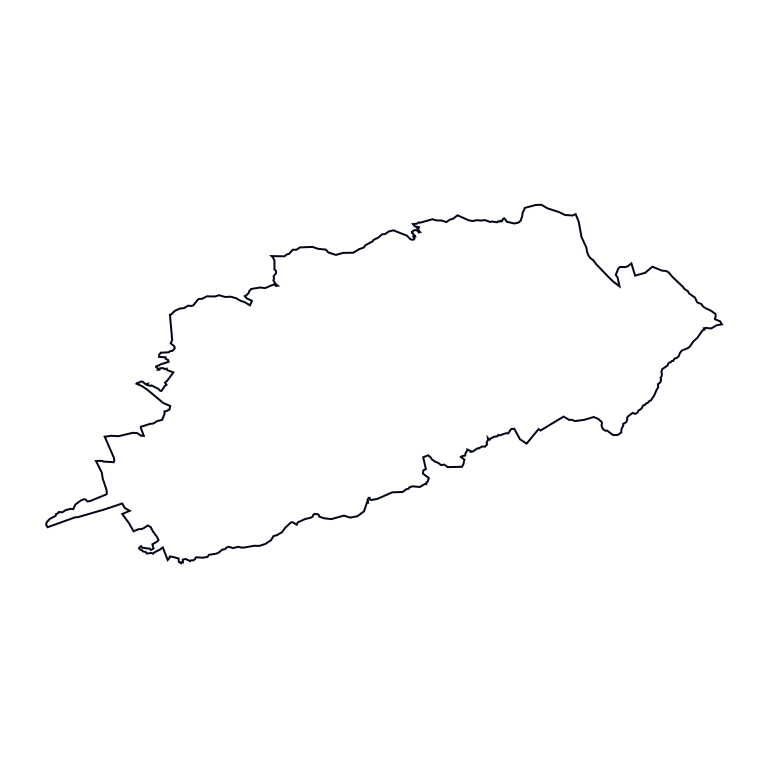 outline of Nicolae Balcescu, Vâlcea, Romania
{"feature_id": "2599482B33321571341238", "entity_name": "Nicolae Balcescu", "entity_type": "district", "adm_level": 2, "iso_a3": "ROU", "parent_name": "Romania", "parent_adm1": "Vâlcea", "projection": "robinson", "projection_center": [24.389, 44.984], "detail": "fine", "context": "isolated", "style": "outline", "palette": "ink", "viewbox_px": 768, "rotation_deg": 0, "n_neighbors": 0, "source": "geoboundaries", "source_scale": "gbopen_adm2", "svg_char_len": 6106}
<svg xmlns="http://www.w3.org/2000/svg" viewBox="0 0 768 768"><path d="M447.7,467.1L462.0,466.8L463.4,464.2L464.4,459.6L460.9,457.0L462.2,456.1L465.1,455.6L465.7,452.8L467.1,450.9L467.3,449.5L470.9,451.2L470.8,451.8L472.6,451.6L477.5,448.3L478.6,448.5L482.0,446.5L485.1,446.6L487.1,444.4L486.6,442.7L488.1,439.7L487.9,438.1L489.1,439.7L489.9,439.6L490.4,438.6L494.2,436.7L497.1,436.4L498.2,434.9L499.2,435.5L506.1,433.2L508.2,433.4L511.1,429.1L514.2,428.7L520.0,439.3L526.6,443.6L538.6,429.1L540.5,430.5L563.6,416.6L569.4,420.0L571.9,419.8L575.0,421.1L584.3,419.8L593.8,417.0L598.4,419.0L601.7,422.1L602.0,423.1L601.5,425.5L602.9,429.0L605.3,430.7L607.1,430.6L613.0,435.0L617.7,435.0L621.2,432.6L621.5,429.0L623.3,425.5L623.2,423.8L626.2,422.2L627.2,419.8L627.2,417.6L628.0,416.4L632.6,412.9L635.3,413.9L637.7,412.4L638.4,410.6L641.4,408.7L643.3,405.3L645.2,404.8L645.8,403.6L647.7,402.9L649.5,400.9L650.9,400.4L654.2,395.5L656.6,389.8L658.2,387.4L657.9,384.2L659.8,382.8L661.0,380.9L660.7,379.9L661.1,379.0L660.6,377.8L661.7,375.9L661.9,373.8L661.4,371.9L662.2,369.2L667.7,365.3L668.3,363.5L669.2,362.6L670.5,362.4L671.9,361.0L673.2,360.9L674.5,358.6L676.5,358.1L678.8,356.2L679.8,353.2L681.9,350.5L687.7,348.2L689.8,346.6L693.4,341.4L697.3,337.9L702.6,330.3L704.5,329.6L703.9,328.3L706.1,327.9L711.1,328.5L716.6,325.3L721.9,324.3L720.1,321.3L715.1,319.3L714.9,318.2L715.7,316.7L715.4,313.9L710.9,310.7L705.0,307.9L702.7,306.1L701.5,304.1L697.1,302.3L695.0,297.6L689.0,293.4L687.9,291.2L684.1,288.7L683.1,287.0L672.5,277.0L668.9,272.6L666.5,271.1L661.6,270.5L652.4,266.7L645.2,272.8L635.1,275.6L631.4,263.4L627.7,266.3L625.1,267.1L619.9,267.0L618.3,268.5L615.8,274.9L617.7,277.8L619.5,286.3L613.3,281.7L608.3,276.8L596.2,264.2L593.4,260.3L590.1,257.9L588.3,255.2L587.2,252.3L586.3,247.4L581.5,237.0L578.7,221.6L575.6,214.1L572.6,215.5L565.1,215.0L558.5,211.9L547.6,208.4L541.5,204.8L535.6,205.0L524.7,207.9L524.1,210.1L522.7,212.3L522.2,216.1L520.7,220.7L518.4,222.6L514.5,223.5L507.0,221.8L504.3,218.3L503.3,218.7L502.0,221.0L500.7,220.8L500.6,221.6L498.1,221.3L497.3,222.3L491.5,221.5L490.2,222.0L485.1,220.1L480.2,220.6L477.8,220.1L472.6,221.0L468.7,220.3L457.5,215.3L453.2,218.7L449.7,219.7L446.4,222.1L441.6,220.5L436.0,220.4L432.6,219.2L420.0,222.7L418.9,222.4L416.8,223.7L413.0,224.1L415.1,226.5L418.9,227.1L419.0,227.6L417.3,228.1L418.0,229.0L417.4,230.0L419.1,230.6L419.1,231.4L420.0,232.1L418.7,232.5L418.2,231.3L416.0,230.1L414.7,230.1L412.0,231.7L411.9,232.9L412.8,233.1L413.8,234.7L413.6,235.2L414.9,235.7L415.3,236.5L413.5,237.0L414.5,238.3L414.1,239.4L411.9,239.8L409.9,238.8L407.0,235.7L393.3,230.3L388.7,231.5L385.0,234.1L382.3,234.2L378.3,237.6L373.5,239.9L372.7,241.3L365.6,245.1L363.6,247.6L359.3,249.1L353.3,252.7L343.1,252.9L335.9,254.9L328.4,252.5L325.8,249.6L317.9,248.8L312.5,246.9L300.0,247.4L296.3,249.8L292.9,249.7L289.0,253.9L287.1,254.3L284.4,256.3L271.6,256.1L273.0,257.5L274.5,260.9L274.4,269.1L275.9,270.9L276.1,271.9L275.8,273.5L273.6,276.3L274.0,278.5L273.4,280.3L275.4,283.8L277.7,285.7L275.8,285.9L274.4,284.2L265.0,288.1L260.1,287.5L251.1,289.0L249.0,291.5L248.8,292.9L246.5,295.2L244.8,296.1L246.8,298.4L251.9,300.8L250.0,305.3L244.5,302.1L240.6,300.8L235.8,298.1L230.6,296.7L225.2,297.0L219.0,295.2L215.0,296.5L206.9,296.3L202.3,298.7L199.0,299.0L197.6,299.9L193.3,305.4L191.0,306.0L188.2,305.6L184.1,308.1L179.7,308.6L174.7,310.9L171.3,314.4L169.9,314.7L172.2,339.9L170.7,343.3L174.4,346.4L174.7,348.3L172.3,350.9L170.0,351.2L168.7,352.3L160.7,352.7L159.2,354.8L159.0,356.9L165.6,357.3L165.5,358.7L168.1,360.0L168.6,361.8L160.2,364.5L158.9,365.5L156.5,366.1L156.0,366.9L158.0,368.7L157.7,369.8L159.5,369.7L159.9,368.4L161.1,368.1L163.4,368.2L164.5,369.1L166.7,368.6L167.3,370.2L173.4,372.4L167.0,381.0L165.0,382.6L166.5,384.8L164.9,385.9L161.4,391.0L160.0,390.6L158.4,388.9L151.5,385.4L150.6,385.9L147.3,385.0L147.9,383.7L145.6,384.2L142.5,381.6L140.9,381.6L139.0,382.4L138.5,383.3L137.1,383.0L136.5,383.7L142.3,386.3L147.7,390.0L163.1,402.9L170.2,406.0L169.5,409.6L168.2,409.8L167.5,410.8L164.4,411.4L164.6,413.8L162.1,419.9L157.0,421.1L153.6,423.4L150.0,423.9L140.8,426.8L140.9,428.1L143.8,435.9L141.1,435.7L137.2,433.1L132.9,432.8L118.4,436.2L111.0,435.8L104.7,436.7L114.0,458.0L114.3,460.4L113.7,462.2L103.8,461.6L101.5,460.8L96.0,461.0L101.8,472.6L102.7,478.5L106.4,489.5L106.9,492.6L106.5,494.3L90.5,500.9L87.4,501.5L85.7,499.6L84.1,499.2L81.1,500.3L75.4,504.5L73.3,509.1L70.4,508.9L65.7,510.1L62.3,512.3L58.9,512.0L58.3,513.1L56.0,514.1L55.6,515.9L49.6,519.0L46.8,522.1L46.1,524.8L47.6,527.2L75.2,517.3L78.1,517.1L104.9,509.3L122.2,503.5L124.8,508.0L129.7,510.8L122.2,514.0L128.7,522.7L133.6,531.3L138.5,529.2L141.4,529.1L143.7,528.2L147.7,525.5L150.6,527.0L153.1,531.7L157.0,536.9L158.5,540.0L157.4,541.4L152.4,544.3L153.5,548.5L151.8,549.6L150.8,550.0L150.0,548.8L142.3,547.7L141.0,546.1L139.0,548.0L139.6,549.2L142.0,550.3L142.9,551.4L145.7,552.0L146.8,553.5L151.6,553.0L153.1,553.7L154.0,552.6L160.1,549.5L162.8,547.4L167.7,560.0L169.4,558.2L169.7,556.6L171.4,556.6L178.5,558.4L178.8,561.8L181.0,563.2L181.3,562.2L182.9,562.5L182.8,559.6L185.6,559.0L190.3,561.1L191.2,560.3L193.1,560.4L195.0,559.2L195.6,557.6L196.6,557.3L203.0,557.7L207.5,556.9L209.0,554.8L216.2,553.7L219.1,552.3L222.1,549.7L225.3,549.0L226.2,547.7L228.8,546.8L232.9,548.1L238.5,546.8L241.3,547.6L244.2,547.5L254.2,545.8L259.4,545.9L265.4,543.9L271.0,540.2L273.5,536.1L276.8,535.2L282.1,532.1L285.1,527.9L290.8,522.5L292.6,522.2L296.7,524.7L297.8,522.4L305.0,519.1L311.6,517.4L312.5,516.7L313.4,514.7L314.6,513.9L317.9,514.3L318.9,515.1L319.2,516.6L324.3,518.3L331.4,519.1L343.9,515.6L350.2,517.6L357.2,516.3L364.0,511.4L366.8,503.0L368.0,502.8L367.4,501.4L368.0,501.1L367.6,499.6L368.7,497.9L369.7,497.9L370.0,499.5L371.0,500.0L377.3,498.9L392.3,492.3L402.5,492.0L406.6,489.1L408.7,488.7L409.3,487.4L412.7,486.3L419.7,487.0L425.1,483.9L426.3,484.1L426.5,482.3L427.6,481.8L428.8,478.0L422.9,473.6L423.4,470.3L425.9,469.1L423.2,457.3L428.1,455.3L430.9,457.7L431.9,459.5L435.1,461.6L438.4,463.0L441.0,465.0L444.4,464.7L447.7,467.1Z" fill="none" stroke="#020617" stroke-width="2"/></svg>